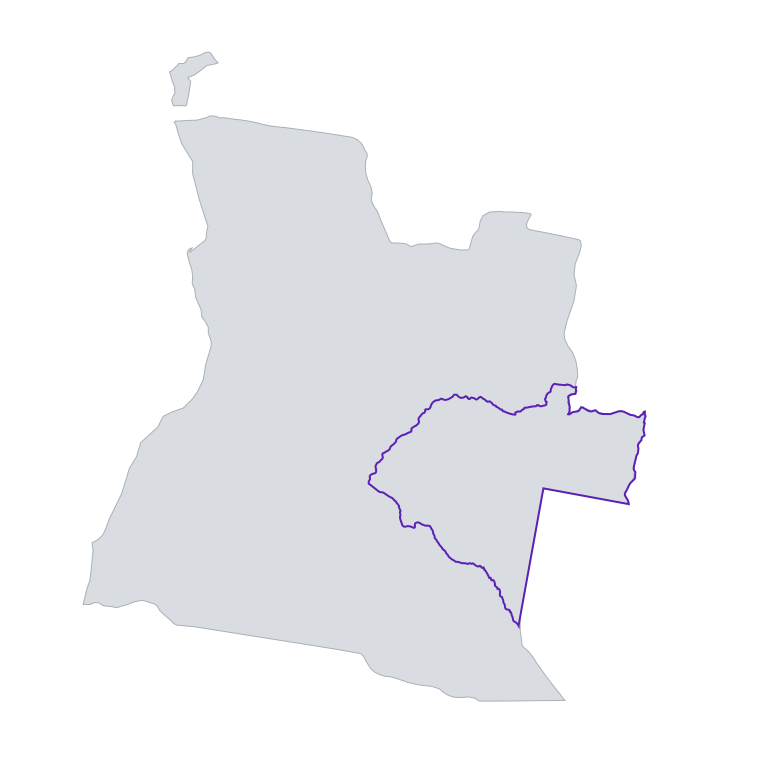 where Moxico sits in Angola, rotated 10°
{"feature_id": "AGO-1892", "entity_name": "Moxico", "entity_type": "Province", "adm_level": 1, "iso_a3": "AGO", "parent_name": "Angola", "parent_adm1": "", "projection": "albers", "projection_center": [20.805, -13.377], "detail": "fine", "context": "in_parent", "style": "outline", "palette": "violet", "viewbox_px": 768, "rotation_deg": 10, "n_neighbors": 0, "source": "natural_earth", "source_scale": "10m", "svg_char_len": 9814}
<svg xmlns="http://www.w3.org/2000/svg" viewBox="0 0 768 768"><g transform="rotate(10 384 384)"><path d="M645.7,365.8L646.5,371.6L647.4,379.7L648.0,385.4L648.6,388.0L648.8,389.4L648.0,390.9L647.4,394.4L646.1,397.4L645.4,399.5L645.9,403.5L644.8,415.1L644.6,420.8L646.1,431.1L645.8,434.3L642.2,443.7L641.2,448.4L641.0,450.8L644.5,457.9L644.3,459.3L641.5,459.6L639.2,459.7L559.0,459.1L558.5,579.3L558.4,589.5L560.9,603.0L565.6,617.8L567.4,619.2L572.1,621.9L578.6,627.5L582.2,631.7L589.6,639.0L599.4,648.4L617.1,664.2L557.2,675.4L534.3,679.5L532.3,679.5L528.9,677.8L521.6,677.5L512.9,679.7L506.1,680.3L501.0,679.3L496.1,677.4L491.2,674.5L482.9,673.5L471.0,674.3L459.5,673.8L448.4,671.9L440.5,671.2L435.8,671.7L430.7,671.1L425.2,669.5L420.6,666.8L415.1,660.9L410.8,655.4L409.7,654.6L408.3,653.7L406.9,653.5L383.3,653.5L238.9,656.0L222.2,657.4L220.9,657.2L218.8,656.6L217.4,655.4L212.5,652.3L208.4,650.0L202.6,646.1L198.9,641.8L195.8,640.4L190.4,639.8L186.3,639.1L183.0,639.1L177.2,641.3L172.9,643.6L169.8,645.7L164.5,648.1L160.0,650.6L152.0,650.6L150.3,651.0L145.8,651.0L141.6,649.1L137.3,649.4L132.7,652.2L126.0,653.4L127.0,636.7L128.4,629.3L128.1,620.5L126.3,597.7L125.0,594.6L124.1,590.9L128.2,588.0L130.2,585.8L133.0,581.9L134.8,576.5L136.9,564.7L144.7,537.5L148.0,510.9L153.0,498.2L154.5,484.1L168.8,465.5L172.1,454.3L179.7,448.6L190.5,442.5L197.9,431.9L201.5,424.6L205.4,410.8L205.0,396.4L207.2,377.2L206.4,371.8L202.1,364.3L201.2,358.8L197.2,353.6L193.0,349.7L190.9,342.5L183.4,331.4L181.3,323.8L177.7,318.5L177.0,311.8L174.9,304.8L171.2,297.9L167.6,289.9L167.5,287.4L169.5,284.3L171.5,283.3L170.9,284.8L169.6,286.7L170.0,288.1L182.9,273.6L183.6,270.8L183.1,267.7L182.9,264.0L183.3,259.6L169.9,234.1L159.1,210.3L157.0,198.2L143.2,182.7L137.6,172.5L134.3,165.3L132.0,162.6L132.8,161.2L136.2,160.7L143.8,158.8L154.2,156.6L163.8,152.1L166.3,150.1L171.4,149.6L176.7,150.5L178.6,149.7L179.7,149.6L192.0,149.2L197.1,148.8L206.5,148.6L212.5,148.8L216.0,149.2L225.2,149.6L236.6,149.2L240.7,148.7L255.7,148.1L283.9,147.0L298.6,146.8L309.9,146.6L315.1,148.0L319.8,150.8L322.0,153.4L323.0,154.5L324.5,157.2L327.0,159.4L328.0,162.7L327.3,167.3L327.8,172.8L329.4,179.3L332.6,186.0L337.4,193.0L339.5,198.6L339.0,202.7L340.5,207.1L344.0,211.7L346.6,214.1L348.1,216.0L352.2,223.0L365.2,242.7L367.1,243.7L369.9,243.3L375.9,242.4L381.7,242.2L386.0,243.9L387.6,243.6L393.9,240.1L400.2,239.0L406.8,237.6L410.2,236.1L414.2,236.1L424.9,238.7L427.0,238.8L435.7,238.8L444.3,237.2L445.5,225.7L445.6,223.5L447.7,219.2L450.3,215.4L450.6,211.8L450.4,207.0L452.3,201.0L458.2,196.3L467.6,194.0L473.0,193.6L481.5,192.2L494.4,190.8L499.1,191.0L499.5,191.7L496.8,199.9L496.7,202.6L497.7,205.3L499.9,206.7L525.5,207.1L550.2,208.0L551.5,208.4L552.6,209.0L554.2,213.1L553.8,221.0L551.4,232.6L552.2,243.5L556.4,253.6L556.7,269.1L553.3,290.0L552.5,303.2L554.4,308.7L558.4,314.5L564.5,320.6L569.2,328.5L572.5,338.1L573.6,344.2L572.7,346.7L572.8,351.0L573.8,357.2L572.6,361.3L569.2,363.3L568.1,366.0L569.8,371.3L570.1,376.2L572.4,379.4L574.0,379.6L577.3,377.9L581.4,374.7L584.7,373.3L589.2,373.6L595.6,374.5L607.0,374.9L610.5,374.4L621.1,370.2L623.8,369.9L628.0,370.3L633.9,371.7L639.8,372.0L642.8,370.7L643.0,369.0L644.0,366.7L645.7,365.8ZM164.8,96.3L164.2,97.1L159.3,99.2L154.2,101.1L147.5,108.7L144.1,112.0L143.2,112.9L140.1,114.7L137.8,116.3L138.0,117.1L139.5,118.1L141.1,119.6L141.4,131.6L141.1,143.5L140.3,144.6L135.9,145.1L130.2,146.1L128.3,146.7L127.7,145.6L125.6,141.3L126.5,137.1L127.6,134.0L126.1,127.8L122.9,122.3L119.5,115.3L118.5,114.0L121.1,111.7L124.9,106.5L126.4,103.9L131.0,103.2L132.7,101.3L133.8,98.4L134.2,96.7L139.4,95.1L145.5,92.4L148.9,89.6L152.3,87.8L154.5,87.7L156.0,88.3L160.2,92.9L163.7,95.7L164.8,96.3Z" fill="#d9dde1" stroke="#a8b0b8" stroke-width="1"/><path d="M559.1,459.1L558.5,591.5L558.5,597.8L558.6,598.8L557.9,597.9L556.7,596.9L555.4,596.0L553.1,595.1L552.5,594.7L552.1,594.0L551.1,591.2L550.0,589.8L549.7,588.9L548.9,587.2L548.6,586.8L547.6,586.6L547.4,586.2L547.4,585.6L547.0,585.0L545.8,584.6L544.5,584.7L543.3,584.6L542.2,583.4L541.2,580.4L539.8,578.7L539.4,578.0L538.9,576.1L538.0,574.9L537.3,573.4L536.8,573.2L535.4,572.8L534.8,571.9L534.4,568.5L533.5,566.5L532.9,565.9L532.2,565.8L531.3,566.0L531.1,565.1L530.6,564.7L529.3,564.0L528.1,563.1L528.0,562.7L528.2,562.2L528.1,561.9L526.9,559.3L525.9,558.2L524.8,558.4L524.0,558.7L523.5,558.2L523.2,557.1L522.8,556.6L522.5,556.4L522.1,556.4L521.4,556.7L521.1,556.0L520.0,554.8L519.1,553.4L515.6,549.5L515.4,549.4L515.0,549.5L514.8,549.2L514.7,548.6L513.8,547.4L512.9,548.0L512.2,547.9L510.9,546.8L510.0,546.4L509.5,546.7L509.2,547.1L508.6,547.4L507.0,547.2L505.4,546.6L503.4,545.4L502.7,545.3L502.3,545.3L501.7,545.8L501.4,545.9L500.2,545.6L499.4,545.7L498.5,546.1L497.9,546.6L497.7,546.7L497.0,546.5L494.0,546.5L492.1,547.0L488.8,546.4L487.3,546.4L485.4,546.6L483.4,545.6L481.3,544.9L477.8,542.9L476.7,541.5L474.6,539.8L473.5,538.2L472.0,537.1L471.0,536.9L470.6,536.2L469.9,535.8L469.1,534.8L466.7,532.9L464.7,530.6L463.6,529.7L462.9,528.7L462.5,528.2L461.3,527.4L460.9,527.0L460.6,526.6L460.2,525.0L459.5,523.9L458.8,523.3L458.5,522.8L457.6,520.2L456.9,519.3L455.8,518.4L454.7,516.8L454.0,516.0L452.6,515.8L449.1,516.3L445.4,515.6L443.5,514.7L442.1,514.4L440.9,514.5L439.9,515.0L439.1,515.6L438.8,516.5L438.8,517.4L439.3,519.4L439.1,520.1L438.2,520.5L435.3,519.8L433.6,519.7L432.2,519.8L429.2,521.0L428.6,521.0L427.0,520.3L425.9,518.8L425.7,517.9L424.9,517.1L424.5,515.9L423.9,515.1L423.5,514.0L423.0,513.2L422.8,511.8L423.1,510.9L422.7,510.1L422.7,509.2L421.9,507.5L422.0,507.0L422.3,506.4L422.2,505.9L421.9,505.3L421.1,504.4L420.6,503.4L420.1,502.8L420.0,502.4L420.0,501.8L419.9,501.5L419.0,500.5L418.6,500.0L417.0,498.9L416.5,498.0L416.0,497.5L415.3,497.4L414.9,497.1L412.2,495.0L411.2,494.6L409.8,494.3L408.1,493.7L402.6,491.2L401.1,490.9L400.2,491.1L399.0,491.1L397.6,490.8L387.6,485.4L386.3,484.9L385.9,482.8L386.7,480.2L386.5,479.1L386.1,478.0L386.0,477.0L386.5,476.0L387.2,475.3L388.6,474.4L390.5,473.5L391.2,472.8L391.5,471.6L391.1,469.7L390.1,467.2L389.9,466.2L390.6,464.2L390.6,463.4L391.4,462.6L392.5,461.9L393.2,461.2L393.9,459.9L395.4,457.9L395.6,456.6L394.8,454.4L394.6,453.4L394.8,452.5L395.9,451.9L400.0,448.4L400.8,447.5L401.1,446.2L401.2,445.3L401.6,444.2L404.3,441.1L405.6,439.1L405.9,438.3L405.7,437.2L406.4,435.5L410.1,431.8L411.0,431.2L413.3,430.1L414.6,429.3L416.0,428.0L418.3,426.7L419.0,426.0L419.2,425.1L418.8,424.0L418.8,423.6L418.9,423.0L419.5,422.2L421.0,420.7L422.4,419.8L424.2,417.7L424.8,416.7L425.1,415.2L424.1,413.0L424.1,411.8L424.5,410.7L425.4,409.3L426.5,407.2L427.0,406.4L428.9,405.1L429.3,403.9L429.1,403.0L429.1,402.1L429.6,401.6L431.7,401.3L432.5,400.9L433.3,400.0L433.8,398.6L434.1,396.4L434.4,395.4L434.8,394.4L436.4,392.3L437.7,391.2L438.7,391.0L440.7,390.2L441.4,389.8L442.2,388.9L442.6,388.6L444.0,388.6L445.1,389.0L447.0,389.1L447.8,388.9L450.2,387.7L452.0,386.2L453.8,384.6L454.2,383.8L454.5,383.0L455.0,382.4L456.8,382.0L457.5,382.0L459.2,383.3L461.4,384.2L462.1,384.3L464.4,383.7L464.9,383.4L466.3,382.1L466.9,381.8L467.5,382.2L468.5,382.5L469.1,383.6L469.4,383.8L470.4,384.0L470.7,384.0L471.3,383.6L471.7,382.7L472.1,382.3L472.3,382.2L473.6,382.3L474.9,382.2L476.7,383.1L477.8,383.2L478.4,382.8L480.4,380.4L481.4,379.9L481.7,379.9L482.4,380.4L483.3,380.7L483.9,381.2L486.3,381.9L486.7,382.2L487.1,382.8L487.5,383.0L488.3,383.1L489.3,383.5L489.5,383.5L490.7,382.8L491.4,382.8L493.8,384.2L494.4,384.9L495.4,385.6L496.5,385.9L497.3,385.9L497.9,386.0L498.2,386.6L498.6,386.9L501.0,387.6L502.8,388.7L503.3,388.9L504.2,388.7L504.8,388.8L505.4,389.5L505.5,389.9L506.1,390.2L507.1,390.1L507.7,390.2L509.4,390.8L510.7,391.0L511.3,391.0L512.9,391.4L516.6,391.6L518.5,391.4L518.7,391.1L518.7,390.6L518.3,389.6L518.5,389.1L521.0,387.6L522.3,387.7L522.8,387.5L523.3,387.2L523.7,386.8L524.4,385.6L525.9,384.5L526.6,383.5L526.5,383.1L526.7,382.9L529.6,382.2L531.8,381.1L533.6,380.7L534.6,380.1L537.4,379.6L538.0,378.9L538.2,378.4L538.6,378.2L539.5,378.3L539.9,378.0L540.5,378.5L541.2,378.7L542.3,378.7L542.7,378.6L545.4,377.4L546.7,376.9L547.2,376.5L547.4,375.1L547.1,374.5L547.2,373.4L546.6,373.3L546.3,373.1L546.0,372.4L545.4,371.6L545.2,370.9L545.2,370.5L545.8,369.6L545.8,367.9L546.1,367.0L546.1,366.2L546.3,365.7L547.2,364.6L547.6,364.1L548.9,363.1L549.4,362.5L549.2,360.0L549.6,359.1L549.7,357.7L550.2,356.4L551.0,355.0L551.5,354.4L552.0,354.3L552.8,354.2L555.4,354.3L562.5,353.7L563.3,353.5L564.2,352.6L565.2,352.8L566.5,352.7L568.8,353.3L570.2,354.2L570.9,354.3L572.2,354.3L573.8,353.7L573.9,356.2L574.6,357.3L574.3,357.7L574.4,359.4L574.3,360.3L573.8,360.7L571.9,361.1L570.1,361.8L568.3,363.3L567.6,364.3L567.6,365.0L568.0,365.7L568.9,368.8L568.9,370.4L569.8,371.4L569.9,372.1L570.6,373.4L570.9,374.2L571.4,378.1L571.2,380.0L570.6,381.8L571.7,381.8L572.5,381.2L574.4,379.2L575.1,378.8L579.4,377.3L580.7,376.3L582.1,372.7L583.6,372.5L588.5,374.5L590.2,375.0L591.9,375.2L593.4,374.9L595.3,373.7L596.3,373.3L597.3,373.3L599.8,374.9L600.7,375.3L602.3,375.5L604.3,375.6L612.2,374.3L619.9,370.1L621.7,369.6L623.5,369.5L625.2,369.7L631.5,371.5L632.9,371.6L634.6,371.5L636.3,371.7L638.1,372.3L639.8,372.7L641.3,372.2L641.6,371.7L642.2,370.3L643.9,369.1L644.9,366.3L645.7,365.9L646.0,368.0L646.2,368.8L647.1,370.1L647.2,370.7L646.7,372.4L646.8,374.8L646.5,376.5L646.8,377.1L647.6,377.3L647.4,383.6L647.6,384.7L649.5,389.0L649.5,389.5L649.0,390.1L647.7,391.1L647.2,391.8L647.1,392.8L647.2,394.6L647.0,395.1L645.7,397.0L644.9,398.7L644.7,399.6L644.7,400.7L645.8,403.5L646.0,406.8L646.1,407.9L646.1,408.3L645.1,410.4L644.4,422.3L644.6,424.3L645.5,425.7L646.6,426.8L647.0,428.0L647.2,430.7L647.6,432.7L647.4,433.4L647.1,434.2L643.6,439.1L643.1,440.4L641.4,446.7L640.5,448.7L640.2,450.4L640.6,451.8L641.5,453.1L643.8,455.5L644.7,456.8L645.4,458.2L645.9,459.8L559.1,459.1Z" fill="none" stroke="#5b21b6" stroke-width="2"/></g></svg>